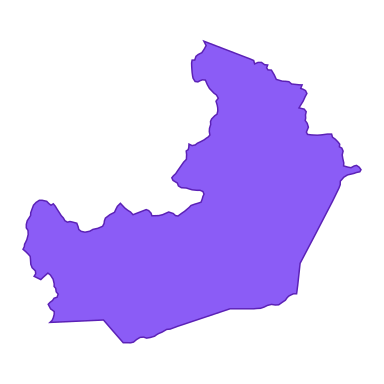 the district of Várzea Alegre, Ceará, Brazil
{"feature_id": "56859067B27179773090009", "entity_name": "Várzea Alegre", "entity_type": "district", "adm_level": 2, "iso_a3": "BRA", "parent_name": "Brazil", "parent_adm1": "Ceará", "projection": "orthographic", "projection_center": [-39.32, -6.742], "detail": "fine", "context": "isolated", "style": "filled", "palette": "violet", "viewbox_px": 384, "rotation_deg": 0, "n_neighbors": 0, "source": "geoboundaries", "source_scale": "gbopen_adm2", "svg_char_len": 3349}
<svg xmlns="http://www.w3.org/2000/svg" viewBox="0 0 384 384"><path d="M170.1,329.1L177.6,326.3L183.4,324.4L230.0,308.8L235.7,308.8L253.7,308.8L256.6,308.5L260.5,308.3L264.0,307.1L267.5,305.4L271.5,304.4L275.3,305.0L278.7,304.8L282.4,302.2L285.4,300.2L286.9,298.0L288.6,296.2L290.8,295.0L293.5,293.8L296.6,293.8L297.7,285.4L300.1,263.3L316.3,232.5L318.0,229.2L332.4,201.5L338.9,188.2L340.2,184.7L340.3,181.2L342.2,179.1L343.8,177.2L347.6,174.9L351.5,174.0L354.0,173.4L356.5,172.5L359.8,171.8L361.0,169.7L359.2,167.2L356.5,165.4L354.1,166.0L351.0,167.7L347.8,167.1L343.6,165.9L343.8,163.0L342.8,158.6L342.2,154.9L343.1,151.1L341.8,148.1L339.4,146.8L339.7,144.2L338.0,142.0L335.3,139.2L332.5,137.2L331.6,134.1L327.3,134.1L321.3,134.9L317.2,135.2L311.4,134.9L307.5,134.4L306.4,132.1L308.4,127.2L307.2,123.3L305.2,120.5L305.7,118.1L305.5,114.9L306.2,111.7L304.2,109.1L299.0,107.9L300.3,105.7L303.1,101.2L305.2,96.6L306.9,93.5L305.5,90.6L303.2,89.3L300.7,88.4L302.1,84.9L299.2,84.8L296.4,84.5L291.6,84.0L288.9,81.7L285.5,81.3L282.4,81.2L276.3,79.4L274.2,74.8L271.4,70.1L268.0,69.9L266.6,67.9L267.7,65.0L264.6,64.7L261.5,62.4L258.1,62.4L254.6,63.9L253.7,60.5L250.5,59.1L203.9,41.2L206.1,45.6L204.1,49.3L201.8,52.7L198.2,54.5L196.0,56.3L194.7,60.1L192.1,60.1L191.6,63.0L191.7,66.4L192.1,72.2L192.6,76.0L193.1,78.3L195.1,81.5L197.9,81.9L200.1,80.7L202.5,79.8L205.4,80.1L207.3,84.6L209.5,88.5L213.9,93.1L216.4,94.9L218.3,98.2L216.0,101.2L217.2,105.1L217.7,107.9L217.8,110.9L217.0,114.2L214.8,115.7L211.6,119.0L210.5,121.5L210.7,124.5L209.5,128.3L209.3,131.6L209.9,135.0L208.3,136.9L206.3,138.2L204.2,139.8L200.8,141.6L197.4,143.2L195.3,144.9L192.1,145.6L189.0,144.1L188.8,147.3L188.2,149.6L186.2,151.0L186.6,154.4L186.4,159.3L183.7,162.1L177.6,170.8L175.7,173.7L173.4,175.8L171.8,177.8L173.0,180.4L177.4,183.1L178.4,185.9L181.3,187.7L186.3,188.0L189.4,189.0L192.1,189.8L197.0,190.3L200.1,190.3L202.9,191.5L204.0,194.1L202.9,196.5L202.2,199.1L201.0,202.2L198.0,203.2L194.6,204.2L191.0,205.5L189.1,207.5L184.5,211.4L181.8,213.2L178.0,216.0L175.5,215.6L173.2,213.5L168.7,212.0L162.6,214.7L158.8,215.6L151.9,215.8L151.0,213.1L148.7,210.6L146.2,209.6L133.0,214.7L130.5,212.0L127.6,210.2L124.8,208.0L120.4,203.3L117.4,206.3L115.9,209.2L114.5,212.3L110.0,214.6L105.4,218.1L104.4,220.9L104.1,223.4L102.6,226.3L97.9,228.3L92.9,229.4L89.8,231.2L85.0,232.2L81.1,231.3L78.8,229.5L78.1,226.7L76.8,223.2L72.3,222.0L69.9,221.5L67.5,222.2L64.9,220.7L63.4,218.0L61.2,215.6L59.1,212.3L56.9,208.9L55.3,206.2L53.3,203.8L51.0,205.2L49.0,203.7L46.7,201.3L42.3,200.3L39.3,200.3L36.1,202.4L33.5,205.2L32.0,209.2L30.7,212.8L30.6,215.5L28.6,218.6L27.2,220.8L26.3,224.4L26.3,227.9L28.0,230.4L28.2,234.5L26.9,239.5L25.8,241.9L24.6,244.2L24.3,246.7L23.0,249.3L25.7,251.6L28.5,254.4L30.2,256.4L30.5,259.7L30.8,264.3L32.1,267.7L35.4,270.9L35.7,273.8L34.1,276.3L36.5,277.5L40.8,279.6L43.4,277.1L47.9,273.1L50.4,275.0L53.1,279.2L54.2,283.8L54.1,286.5L55.7,288.3L56.2,291.8L58.1,294.1L57.1,297.2L54.1,298.2L52.5,300.5L50.1,302.3L48.2,304.3L50.6,308.9L54.2,311.5L54.2,314.3L53.2,318.0L52.1,320.4L50.0,322.4L68.5,321.6L74.8,321.3L103.5,320.0L111.5,329.3L123.2,342.7L127.0,342.7L130.6,342.8L133.5,342.1L136.6,339.5L140.1,337.4L143.6,337.1L146.6,338.1L150.3,337.5L154.6,336.2L156.6,334.7L158.7,333.5L161.9,332.2L166.7,329.4L170.1,329.1Z" fill="#8b5cf6" stroke="#5b21b6" stroke-width="1.5"/></svg>